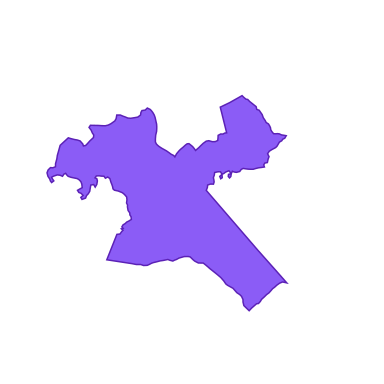 Cajari, Maranhão, Brazil (Albers equal-area conic projection), rotated 220°
{"feature_id": "56859067B3891057175323", "entity_name": "Cajari", "entity_type": "district", "adm_level": 2, "iso_a3": "BRA", "parent_name": "Brazil", "parent_adm1": "Maranhão", "projection": "albers", "projection_center": [-45.03, -3.406], "detail": "fine", "context": "isolated", "style": "filled", "palette": "violet", "viewbox_px": 384, "rotation_deg": 220, "n_neighbors": 0, "source": "geoboundaries", "source_scale": "gbopen_adm2", "svg_char_len": 3927}
<svg xmlns="http://www.w3.org/2000/svg" viewBox="0 0 384 384"><g transform="rotate(220 192 192)"><path d="M315.4,113.5L312.4,111.4L309.3,110.5L307.5,109.4L305.6,109.0L305.0,111.7L307.2,112.3L309.1,113.0L308.2,115.2L306.2,118.5L303.9,120.0L301.3,120.8L301.6,123.4L300.8,125.1L299.1,124.6L297.0,124.4L294.1,125.5L288.5,128.5L286.2,128.8L283.8,128.5L281.6,127.3L278.9,124.8L280.0,121.9L280.8,119.7L278.4,118.9L276.1,119.7L273.2,119.4L273.7,116.4L271.5,115.6L269.6,118.9L270.5,121.5L270.3,123.9L270.8,126.9L272.0,128.8L274.0,132.3L272.1,134.5L269.3,133.5L269.8,136.6L271.6,139.7L273.4,141.0L275.4,140.5L275.6,142.8L273.6,144.7L271.8,145.8L269.6,147.5L267.2,146.9L266.2,149.3L263.6,149.5L260.4,147.4L258.3,146.3L256.2,145.0L254.5,143.6L252.6,143.5L249.2,145.3L244.9,146.7L242.2,146.7L238.9,146.2L236.8,144.2L235.1,141.5L233.0,140.6L231.9,139.1L229.0,136.7L226.3,136.0L224.8,134.5L222.8,133.9L220.8,132.0L221.8,129.0L222.7,127.0L222.9,124.9L223.7,122.5L223.3,120.2L221.4,119.9L222.4,118.4L220.3,118.4L220.4,116.4L220.2,113.5L222.3,111.3L213.7,85.3L192.0,98.5L188.0,100.7L184.7,103.5L181.8,104.6L179.1,107.1L178.0,109.4L177.2,111.4L176.2,113.1L174.7,115.1L173.2,117.2L172.1,118.8L170.1,121.0L167.1,124.8L165.0,125.5L162.3,126.8L161.6,128.5L160.5,130.4L159.5,133.0L156.5,137.5L153.5,140.1L151.7,141.1L147.6,140.8L145.5,140.8L141.5,141.7L137.7,144.8L134.3,144.9L128.9,144.8L121.0,145.0L115.2,145.0L110.5,144.3L106.9,143.3L104.8,143.4L98.7,144.6L92.9,143.7L89.5,144.1L87.0,143.9L83.8,142.4L82.2,140.5L79.2,138.3L71.9,137.8L71.7,141.4L70.7,147.9L69.4,149.3L69.3,152.1L69.7,154.4L69.2,158.1L68.9,161.4L68.2,164.2L68.1,167.1L68.1,169.7L67.5,172.2L67.1,175.3L66.3,178.4L64.8,181.3L61.0,183.3L74.8,185.4L104.0,189.7L182.1,202.4L183.1,205.3L184.5,207.4L182.9,210.0L180.6,211.8L181.5,213.9L183.2,215.5L184.8,216.7L185.8,219.3L187.2,221.5L185.0,224.3L183.1,225.8L180.4,224.8L179.5,226.7L179.1,228.7L177.4,232.0L173.7,231.3L174.4,233.8L172.4,234.5L170.6,235.6L168.6,238.4L168.8,240.9L168.0,242.9L165.7,244.3L163.7,245.6L161.7,247.1L159.7,248.8L158.2,251.1L156.5,253.4L154.6,255.4L152.6,257.7L154.5,258.9L154.8,261.0L153.2,263.0L154.9,266.3L155.7,268.6L158.7,269.9L159.0,272.9L158.1,275.8L156.5,279.7L156.3,281.6L157.1,286.4L156.2,288.9L156.4,290.8L155.5,292.8L156.0,295.7L158.3,294.4L160.1,293.3L162.4,292.7L164.0,291.7L165.4,290.3L167.0,289.1L170.0,289.7L171.8,290.4L173.2,291.7L175.1,292.6L177.2,293.3L179.8,292.9L181.9,293.8L185.1,294.7L188.0,296.4L193.1,297.8L195.5,296.9L197.7,298.6L202.5,298.5L206.0,298.4L208.8,298.7L210.4,297.8L213.0,297.8L215.6,298.0L220.6,284.7L224.9,275.2L222.9,273.7L220.9,272.3L203.5,259.6L204.8,258.2L205.5,256.3L207.3,254.9L208.4,252.2L206.8,250.1L205.4,248.0L206.6,245.5L208.8,243.6L212.1,242.1L213.8,240.1L214.7,236.5L215.1,232.9L215.3,230.4L216.0,226.1L218.1,226.7L220.7,227.2L222.6,227.2L225.4,227.1L226.7,225.8L227.2,223.8L227.6,220.7L228.2,217.5L228.4,215.5L228.4,211.4L227.7,207.9L229.5,208.2L232.4,207.5L234.6,207.4L238.0,207.1L243.2,206.1L246.5,205.7L248.4,205.7L250.2,205.9L252.2,206.8L254.2,209.2L256.4,212.3L258.1,215.7L259.6,217.7L260.9,219.3L262.8,221.3L264.3,222.4L266.1,223.8L268.2,225.4L270.4,226.7L273.1,227.7L274.9,228.1L277.0,228.4L280.2,227.6L280.5,224.7L282.7,222.2L282.3,220.2L280.9,217.8L281.7,214.5L283.7,212.1L286.3,209.1L288.7,207.4L291.6,206.5L293.7,205.7L296.4,204.9L299.1,202.6L297.3,199.5L296.8,196.8L297.3,194.9L298.0,192.2L299.2,189.4L301.0,187.0L303.5,185.0L306.5,182.8L312.7,177.8L312.4,175.3L308.9,174.5L306.4,173.2L303.9,172.5L302.5,170.4L303.1,165.3L303.2,161.7L303.4,159.2L304.8,157.5L306.5,158.6L310.6,159.2L313.3,158.1L315.9,156.6L319.2,155.0L321.6,154.0L323.0,143.0L320.4,137.3L318.7,133.5L316.9,130.6L314.7,125.9L312.8,123.6L314.2,121.1L316.1,119.7L316.4,116.4L315.4,113.5ZM173.7,231.3L175.4,229.0L174.2,227.2L172.3,226.9L172.2,228.8L173.7,231.3ZM180.4,224.8L180.8,221.8L178.5,220.6L178.0,222.4L180.4,224.8Z" fill="#8b5cf6" stroke="#5b21b6" stroke-width="1.5"/></g></svg>